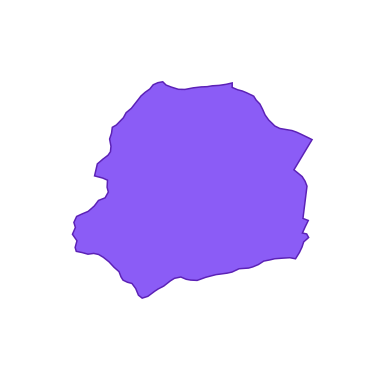 Ribeirão do Sul, São Paulo, Brazil (Natural Earth projection), rotated 238°
{"feature_id": "56859067B13844960730737", "entity_name": "Ribeirão do Sul", "entity_type": "district", "adm_level": 2, "iso_a3": "BRA", "parent_name": "Brazil", "parent_adm1": "São Paulo", "projection": "natural_earth1", "projection_center": [-49.921, -22.748], "detail": "fine", "context": "isolated", "style": "filled", "palette": "violet", "viewbox_px": 384, "rotation_deg": 238, "n_neighbors": 0, "source": "geoboundaries", "source_scale": "gbopen_adm2", "svg_char_len": 1558}
<svg xmlns="http://www.w3.org/2000/svg" viewBox="0 0 384 384"><g transform="rotate(238 192 192)"><path d="M80.5,244.4L83.8,251.1L87.0,256.1L90.5,260.3L91.6,266.8L95.7,267.0L98.7,263.9L102.4,269.4L106.2,275.5L110.8,272.1L136.0,292.6L141.2,293.6L146.7,293.6L156.8,290.2L172.8,321.6L182.9,315.3L187.3,312.4L191.1,309.4L195.9,304.0L199.4,300.1L204.1,297.2L212.4,295.2L218.6,294.8L224.8,295.7L230.6,296.2L235.9,295.1L240.6,295.1L247.2,290.9L251.0,288.2L254.5,284.9L259.4,281.5L263.2,283.9L265.2,278.1L268.0,271.6L271.3,265.5L273.3,260.7L276.3,255.4L279.7,248.2L282.7,240.4L286.3,234.9L291.9,230.1L296.4,226.7L301.0,225.6L302.8,221.0L303.5,215.9L301.7,210.8L301.4,205.3L300.5,199.7L298.8,195.1L295.1,184.9L294.2,178.2L291.3,173.1L288.9,163.3L289.1,158.7L284.5,154.9L280.6,150.2L273.7,147.5L269.4,144.2L267.7,140.3L267.1,133.8L266.0,126.6L262.4,123.0L257.3,117.9L251.1,123.7L246.8,126.6L241.0,122.5L236.3,121.0L233.1,115.2L234.4,108.2L231.9,101.7L230.6,93.7L231.7,86.8L232.4,81.2L228.8,75.7L223.7,74.3L219.5,68.2L211.6,68.6L206.9,63.5L203.0,62.4L198.9,66.7L194.4,70.8L192.0,76.1L188.5,79.7L183.6,82.2L176.8,84.6L169.5,86.0L163.1,87.9L157.6,86.8L153.8,86.8L149.7,89.4L146.3,92.6L140.0,93.1L132.9,91.9L128.4,93.5L126.9,99.3L127.6,107.6L127.7,112.1L127.2,118.2L128.1,126.6L128.1,131.4L125.8,137.5L121.1,140.8L118.0,144.2L114.3,149.5L112.4,158.4L109.2,168.6L107.0,173.4L104.6,178.7L102.9,183.5L102.0,191.2L97.5,199.7L96.3,203.8L95.3,209.8L95.4,216.2L93.1,222.2L91.6,226.7L87.5,234.5L84.4,240.2L80.5,244.4Z" fill="#8b5cf6" stroke="#5b21b6" stroke-width="1.5"/></g></svg>